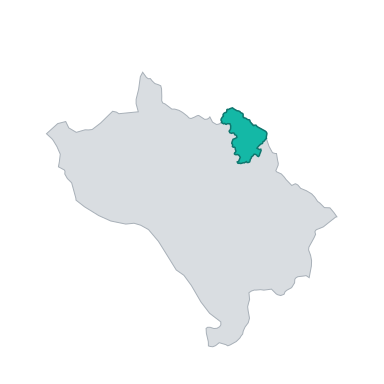 Bulgaria, with Kardzhali highlighted, rotated 226°
{"feature_id": "BGR-2237", "entity_name": "Kardzhali", "entity_type": "Province", "adm_level": 1, "iso_a3": "BGR", "parent_name": "Bulgaria", "parent_adm1": "", "projection": "orthographic", "projection_center": [25.602, 41.573], "detail": "fine", "context": "in_parent", "style": "filled", "palette": "teal", "viewbox_px": 384, "rotation_deg": 226, "n_neighbors": 0, "source": "natural_earth", "source_scale": "10m", "svg_char_len": 4215}
<svg xmlns="http://www.w3.org/2000/svg" viewBox="0 0 384 384"><g transform="rotate(226 192 192)"><path d="M312.4,239.7L306.1,238.8L303.9,239.2L302.5,240.8L299.6,240.5L295.9,240.6L292.2,242.5L290.1,243.3L287.3,241.7L282.0,236.9L278.7,233.6L276.4,232.8L274.0,233.8L265.6,235.1L263.6,237.2L259.7,239.4L255.8,240.5L250.2,241.3L247.2,241.3L245.5,242.4L244.2,245.6L243.3,248.7L242.4,250.0L235.4,251.6L233.9,253.5L233.4,255.2L233.6,257.0L228.0,255.3L223.6,256.5L222.6,257.8L221.7,259.8L222.2,261.9L223.8,263.9L225.4,269.3L226.0,274.7L225.0,277.8L221.8,280.0L215.1,282.5L208.6,281.3L205.7,282.3L200.9,282.6L196.4,283.3L189.6,285.5L183.4,286.8L177.9,282.2L171.3,279.1L164.4,277.2L162.0,278.5L161.0,279.5L155.2,275.5L152.7,274.0L151.4,272.5L149.1,267.1L147.7,266.9L142.9,268.8L138.3,268.7L135.6,268.3L127.4,268.3L126.2,272.0L125.2,272.5L123.4,273.0L119.1,272.7L113.4,275.2L107.4,276.8L102.8,276.7L98.0,275.8L95.1,276.3L88.8,276.4L84.8,280.2L78.7,279.8L73.5,279.0L74.2,277.8L75.7,262.2L78.5,255.3L78.4,253.8L77.9,252.7L75.7,251.5L74.2,247.7L71.1,237.7L69.3,235.6L64.1,233.3L59.5,230.3L55.8,226.4L49.0,216.8L52.6,216.0L53.8,214.2L57.6,209.2L58.1,206.7L57.7,205.2L55.4,202.7L54.0,197.2L55.4,192.2L55.6,189.7L54.5,187.1L55.9,183.9L58.5,182.3L60.1,181.8L66.9,181.7L71.5,175.5L74.1,173.5L76.9,170.0L78.2,168.7L79.5,165.9L80.0,163.0L74.7,158.8L73.0,155.8L70.8,152.3L67.6,149.9L61.3,145.7L58.9,141.6L58.0,136.3L56.4,132.3L54.6,129.7L54.4,127.6L53.7,124.9L53.7,119.9L55.5,113.2L56.5,110.9L58.7,110.3L64.7,106.9L65.1,102.3L66.2,99.5L68.1,97.9L69.9,96.9L72.9,99.7L80.4,104.2L84.1,107.4L83.8,109.3L82.0,111.1L78.6,112.9L76.6,115.3L75.9,118.3L76.4,120.5L78.6,122.5L92.5,120.4L106.5,122.0L125.2,126.6L137.7,128.3L146.9,126.5L164.0,130.2L179.9,133.6L195.2,134.6L203.8,132.0L209.8,128.6L214.9,122.1L227.6,113.4L239.9,108.5L256.0,104.4L266.7,102.9L268.3,104.2L282.2,111.8L288.3,111.7L293.3,113.0L295.1,115.0L296.4,115.5L302.9,113.4L305.9,117.6L310.7,123.5L318.5,126.4L325.5,128.0L327.7,128.2L335.0,127.8L334.5,142.9L330.4,150.1L323.7,147.9L315.3,150.2L311.0,158.3L308.5,160.7L306.3,163.6L305.1,174.0L305.2,191.0L302.0,193.1L299.1,193.8L287.0,209.1L294.3,213.1L297.5,216.2L303.0,225.0L310.8,234.9L312.4,239.7Z" fill="#d9dde1" stroke="#a8b0b8" stroke-width="1"/><path d="M221.4,261.6L221.7,262.2L222.4,262.5L223.1,262.6L223.6,262.8L224.0,263.3L224.3,263.8L224.7,265.4L224.8,265.9L224.7,266.9L224.8,267.3L225.0,267.5L225.8,267.7L226.0,268.0L226.3,268.8L226.4,269.5L226.3,270.2L226.1,271.0L225.6,271.6L225.5,272.0L226.0,273.1L226.2,273.4L226.8,274.0L227.0,274.4L226.9,274.9L226.7,275.0L226.4,275.1L226.1,275.5L225.6,277.1L224.9,278.7L224.4,279.6L224.1,279.7L223.7,279.6L219.7,280.6L219.1,280.9L217.9,281.8L216.8,282.3L216.3,282.3L215.6,282.2L215.0,282.2L213.8,282.8L213.1,283.0L212.2,282.6L210.8,281.1L209.8,280.7L209.3,280.9L207.6,282.0L205.9,282.2L205.4,282.4L204.8,282.8L204.5,283.1L204.2,283.3L203.6,283.4L203.2,283.3L202.2,282.7L201.7,282.6L197.6,282.3L196.9,282.5L196.6,283.1L196.3,283.8L195.8,284.3L195.4,284.5L195.0,284.4L194.6,284.3L194.2,284.3L192.9,284.5L185.0,287.0L183.9,287.1L182.8,286.9L181.9,286.4L179.9,283.6L179.0,282.8L178.8,282.7L178.9,282.0L178.5,279.1L178.7,278.5L178.9,277.9L178.4,277.2L178.0,276.4L178.6,275.0L178.8,273.5L178.6,272.9L178.8,272.1L178.4,269.2L175.8,269.9L175.0,271.2L173.9,270.6L173.0,268.8L172.2,266.9L171.4,265.7L171.4,264.4L172.4,264.0L173.5,264.2L174.8,263.9L176.0,263.0L176.1,262.5L175.8,261.9L175.7,260.5L176.0,259.3L175.4,258.6L174.9,256.5L174.1,255.4L173.6,254.3L174.1,253.0L174.9,252.1L176.1,252.2L176.3,251.3L176.6,249.9L177.6,249.0L178.1,247.7L178.8,246.7L179.5,246.5L179.9,245.7L181.0,245.0L182.2,245.4L181.7,246.9L183.4,250.8L185.8,251.3L187.3,250.8L188.3,249.5L189.1,249.0L190.0,249.0L190.5,249.9L190.5,251.1L190.9,252.0L192.8,252.9L193.8,253.8L194.8,253.7L195.6,252.8L196.7,252.7L197.5,253.8L198.3,254.3L199.2,254.3L199.7,254.8L200.2,255.6L201.4,258.1L200.4,260.6L200.1,262.3L201.7,263.2L202.6,263.0L203.6,262.5L204.4,263.0L205.2,263.1L206.2,262.4L206.7,261.2L208.4,260.4L210.0,261.0L210.2,262.3L210.5,263.5L212.7,265.8L214.7,266.7L216.6,264.9L216.9,263.6L217.7,263.2L218.6,263.2L219.1,262.1L221.1,261.5L221.4,261.6L221.4,261.6Z" fill="#14b8a6" stroke="#0f766e" stroke-width="1.5"/></g></svg>